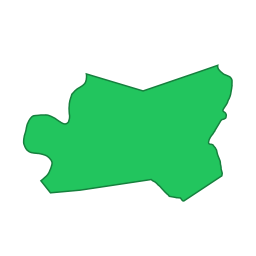 the district of Pimienta, Cortés, Honduras, rotated 190°
{"feature_id": "27666195B68412156052956", "entity_name": "Pimienta", "entity_type": "district", "adm_level": 2, "iso_a3": "HND", "parent_name": "Honduras", "parent_adm1": "Cortés", "projection": "natural_earth1", "projection_center": [-87.976, 15.271], "detail": "fine", "context": "isolated", "style": "filled", "palette": "green", "viewbox_px": 256, "rotation_deg": 190, "n_neighbors": 0, "source": "geoboundaries", "source_scale": "gbopen_adm2", "svg_char_len": 5632}
<svg xmlns="http://www.w3.org/2000/svg" viewBox="0 0 256 256"><g transform="rotate(190 128 128)"><path d="M164.3,58.5L96.2,81.3L94.7,80.4L93.4,80.0L91.7,79.4L89.9,78.3L88.5,77.2L87.0,76.4L85.8,75.6L84.8,74.7L82.0,72.6L80.9,71.7L79.7,70.9L78.1,69.8L76.9,69.2L76.0,68.3L75.3,67.9L69.7,67.9L68.0,67.8L66.7,68.0L64.2,68.2L62.2,66.3L61.4,65.8L60.6,65.8L60.3,65.9L27.3,97.2L27.3,97.8L27.3,98.3L27.3,99.4L27.4,99.7L27.4,99.8L27.5,100.1L27.6,100.4L29.0,103.4L29.2,103.8L29.3,104.2L29.4,104.9L29.5,105.2L29.7,105.9L29.8,106.2L30.0,106.8L30.5,107.9L30.6,108.3L30.8,108.8L31.0,109.7L31.1,110.1L31.3,110.7L31.6,111.4L31.6,111.5L34.5,116.2L34.9,116.9L35.1,117.2L35.6,118.3L36.0,119.2L36.5,120.4L36.8,121.2L37.1,121.8L37.5,122.2L37.8,122.6L38.1,122.9L38.4,123.4L38.5,123.5L38.8,123.8L39.2,124.1L39.8,124.6L40.2,124.9L40.5,125.2L41.1,125.8L41.3,126.0L41.5,126.1L41.8,126.2L42.3,126.3L42.8,126.4L43.0,126.4L43.4,126.4L43.7,126.3L43.9,126.3L44.2,126.3L44.4,126.3L44.6,126.3L44.9,126.3L45.0,126.4L45.3,126.5L45.6,126.7L45.8,126.8L45.9,127.0L46.0,127.2L46.1,127.5L46.2,127.8L46.2,128.1L46.2,128.4L46.2,128.9L46.1,130.1L46.0,130.7L45.9,131.2L45.7,131.9L45.4,132.7L45.3,133.1L45.0,133.9L44.6,134.7L44.5,135.0L44.3,135.3L43.8,136.2L43.6,136.5L43.5,136.8L43.2,137.5L42.9,138.2L42.8,138.6L42.6,139.0L42.3,139.4L42.2,139.7L42.0,140.1L41.8,141.2L41.6,141.6L41.4,142.1L38.7,149.1L38.0,151.0L37.6,151.7L37.5,151.9L37.3,152.2L37.2,152.3L37.1,152.5L36.9,152.6L36.7,152.7L36.0,153.0L34.9,153.6L34.7,153.7L34.6,153.9L34.3,154.1L33.9,154.4L33.6,154.8L33.4,155.1L33.4,156.5L33.4,157.2L33.4,157.5L33.5,157.8L33.6,158.2L33.8,158.5L34.0,158.8L34.2,159.1L34.3,159.3L34.5,159.5L35.0,159.9L35.3,160.1L35.5,160.2L35.7,160.3L36.2,160.5L36.5,160.6L36.8,160.8L37.1,161.0L37.3,161.3L37.5,161.5L37.6,161.8L37.6,162.1L37.6,162.3L37.6,162.5L37.5,162.8L37.0,164.1L35.8,166.9L35.3,167.9L35.1,168.5L34.9,169.1L34.6,170.0L34.5,170.5L34.4,170.8L34.4,171.4L34.3,171.6L34.3,172.0L34.2,172.4L34.1,172.8L34.0,173.2L33.9,173.5L33.6,174.2L33.5,174.5L33.4,175.0L33.3,175.6L33.2,176.0L33.0,177.0L32.9,177.9L32.8,178.7L32.8,179.1L32.8,179.7L32.8,180.9L32.8,181.9L32.8,185.1L32.9,186.5L32.9,187.0L32.9,187.7L33.2,189.0L33.5,191.1L33.7,192.2L33.8,192.8L33.9,193.1L34.1,193.5L34.3,193.8L34.4,194.1L34.6,194.3L34.8,194.5L35.0,194.7L35.2,195.0L35.5,195.2L35.8,195.5L36.2,195.8L36.4,195.9L36.7,196.1L37.1,196.2L37.8,196.4L38.2,196.5L39.8,196.9L40.7,197.1L42.2,197.4L42.9,197.6L43.3,197.7L43.5,197.9L43.9,198.0L44.8,198.6L46.2,199.4L46.6,199.6L47.0,199.9L47.7,200.5L48.1,200.8L48.5,201.1L48.9,201.5L49.1,201.6L49.2,201.8L49.5,202.2L49.7,202.5L49.9,203.0L50.1,203.3L50.2,203.6L50.3,203.9L50.4,204.4L50.5,204.8L50.5,205.3L64.1,197.7L119.6,167.1L178.4,174.0L178.1,173.1L177.9,172.4L177.9,172.1L177.8,171.7L177.7,170.9L177.6,170.3L177.6,169.5L177.5,168.8L177.5,168.4L177.5,167.9L177.6,167.2L177.7,166.6L177.7,166.2L177.8,165.8L178.0,165.3L178.1,164.9L178.3,164.3L178.6,163.9L178.8,163.6L178.9,163.4L179.4,162.8L179.9,162.1L180.1,161.9L180.5,161.5L181.9,160.2L182.9,159.3L183.9,158.5L184.5,157.9L184.9,157.6L185.2,157.2L185.7,156.6L186.3,155.9L186.7,155.4L187.1,154.7L188.0,153.3L188.5,152.5L189.1,151.6L189.2,151.4L189.2,151.2L189.4,149.3L189.7,147.5L190.0,144.7L190.0,143.9L190.0,143.5L190.0,143.1L190.0,142.0L189.9,141.0L189.7,139.7L189.6,138.2L189.4,136.7L189.3,136.2L189.1,135.6L189.0,134.9L188.6,133.2L188.2,131.6L187.7,130.2L187.6,129.6L187.5,129.1L187.4,128.6L187.4,128.0L187.3,127.7L187.3,127.2L187.4,126.2L187.4,125.6L187.5,125.0L187.6,124.4L187.7,123.6L187.8,123.4L187.9,123.1L188.1,122.9L188.4,122.5L188.6,122.3L188.9,122.0L189.1,121.8L189.4,121.6L189.6,121.5L189.9,121.3L190.2,121.2L190.4,121.1L190.7,121.1L191.0,121.0L191.3,121.0L191.7,121.0L192.0,121.0L192.4,121.1L192.8,121.1L193.1,121.2L193.7,121.4L195.0,121.8L196.0,122.3L196.8,122.6L198.4,123.3L199.3,123.7L200.5,124.3L201.1,124.6L202.0,125.0L202.5,125.1L204.1,125.6L205.4,126.0L206.7,126.3L207.7,126.5L208.2,126.6L209.0,126.7L209.5,126.7L210.0,126.7L210.7,126.6L211.1,126.6L212.0,126.4L212.6,126.3L214.2,126.0L215.9,125.7L216.6,125.5L217.9,125.1L219.7,124.6L221.3,124.2L222.6,123.8L223.1,123.6L223.3,123.5L223.6,123.3L223.7,123.2L223.8,123.1L224.1,122.9L224.4,122.5L224.8,122.1L225.1,121.6L225.4,121.1L225.7,120.6L225.9,120.2L226.2,119.6L226.5,118.8L226.8,118.0L227.0,117.5L227.1,117.0L227.4,115.9L227.6,115.1L227.8,114.5L227.9,113.8L227.9,113.4L228.0,112.8L228.0,112.0L228.1,111.2L228.1,109.7L228.1,108.5L228.1,108.0L228.2,106.9L228.3,105.5L228.4,104.8L228.5,104.1L228.6,103.1L228.7,102.6L228.7,102.1L228.7,101.7L228.7,100.8L228.7,100.2L228.7,99.3L228.6,98.0L228.5,97.1L228.3,95.9L228.2,95.6L228.2,95.3L228.1,95.1L227.9,94.6L227.8,94.3L227.3,93.4L226.8,92.6L226.3,91.8L225.7,90.9L225.2,90.3L224.7,89.8L224.4,89.5L224.3,89.3L223.8,88.9L223.4,88.6L222.8,88.3L222.2,88.0L221.9,87.8L221.5,87.6L221.0,87.5L220.5,87.3L220.1,87.2L219.7,87.1L219.3,87.1L218.9,87.0L217.9,87.0L216.9,87.0L216.1,87.0L215.1,87.1L213.8,87.2L212.3,87.3L211.8,87.4L211.0,87.4L210.5,87.4L209.8,87.4L208.5,87.3L207.2,87.2L206.6,87.1L205.6,87.0L205.1,86.9L204.7,86.8L204.1,86.7L203.8,86.6L203.5,86.5L203.2,86.4L202.9,86.3L202.1,85.9L201.7,85.7L200.7,85.1L200.4,84.9L200.1,84.7L199.8,84.5L199.4,84.1L199.1,83.8L198.7,83.5L198.4,83.2L198.0,82.8L197.7,82.4L197.6,82.2L197.4,81.9L197.1,81.5L196.9,81.1L196.8,80.7L196.7,80.2L196.6,79.9L196.6,79.4L196.6,78.8L196.6,78.3L196.8,77.1L196.8,76.5L197.0,75.3L197.2,74.1L197.5,72.9L197.8,71.6L197.9,71.0L198.1,70.4L198.3,69.8L198.5,69.4L198.7,68.9L198.9,68.4L199.1,68.0L199.3,67.7L199.5,67.3L199.8,66.9L200.1,66.4L201.4,64.8L203.1,62.6L204.6,60.9L193.1,50.7L164.3,58.5Z" fill="#22c55e" stroke="#15803d" stroke-width="1.5"/></g></svg>